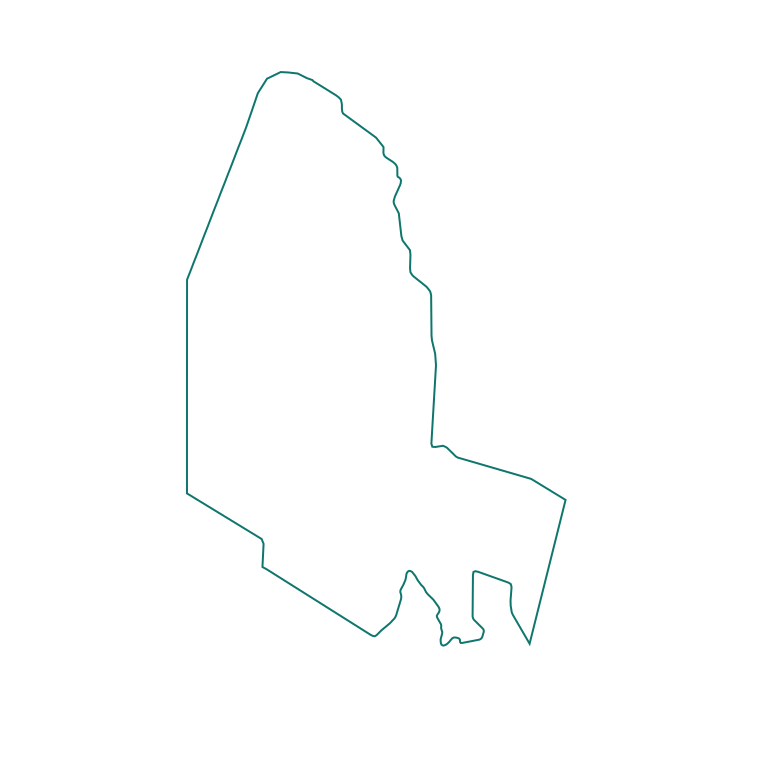 Lac, Natural Earth projection, rotated 32°
{"feature_id": "TCD-1466", "entity_name": "Lac", "entity_type": "Prefecture", "adm_level": 1, "iso_a3": "TCD", "parent_name": "Chad", "parent_adm1": "", "projection": "natural_earth1", "projection_center": [14.654, 13.759], "detail": "fine", "context": "isolated", "style": "outline", "palette": "teal", "viewbox_px": 768, "rotation_deg": 32, "n_neighbors": 0, "source": "natural_earth", "source_scale": "10m", "svg_char_len": 2409}
<svg xmlns="http://www.w3.org/2000/svg" viewBox="0 0 768 768"><g transform="rotate(32 384 384)"><path d="M274.9,581.2L218.3,490.6L161.7,399.9L160.0,390.7L158.2,381.5L156.5,372.3L154.7,363.0L152.9,353.8L151.2,344.6L149.4,335.4L147.6,326.1L145.9,316.9L144.1,307.7L142.4,298.5L140.6,289.2L138.9,280.0L137.1,270.8L135.3,261.6L133.6,252.3L131.0,239.0L127.6,224.3L122.9,204.2L123.0,187.1L131.1,174.2L137.4,170.7L146.3,166.4L156.4,165.5L162.2,164.2L164.0,164.7L190.3,164.6L193.7,164.9L196.8,165.7L199.9,168.9L202.4,172.8L204.2,175.1L205.9,176.3L246.8,179.3L258.0,183.3L261.1,188.4L262.1,189.4L263.4,190.3L265.6,190.8L274.3,191.0L277.3,191.5L278.9,192.3L280.7,193.6L285.0,200.3L286.0,201.0L287.6,200.9L289.1,201.3L290.5,202.3L291.7,204.7L292.2,206.7L293.9,219.1L295.1,223.4L296.0,224.9L297.7,226.4L306.1,231.4L320.4,249.4L323.8,252.5L335.0,256.7L337.9,260.3L344.8,272.1L347.2,275.2L350.0,276.6L352.0,277.1L368.4,279.0L371.2,279.9L373.8,280.9L375.3,282.1L377.1,284.0L398.8,318.0L401.6,321.6L411.4,331.3L418.2,340.6L455.8,409.5L458.2,411.6L460.8,410.3L466.7,405.2L469.5,404.7L471.3,404.7L483.5,407.4L485.6,407.3L559.1,386.5L599.4,386.1L645.1,527.1L615.6,511.5L613.4,510.0L609.0,505.0L606.0,500.5L600.1,489.2L599.1,487.9L597.5,486.5L594.7,486.5L563.3,493.4L560.6,494.4L559.5,496.0L560.8,499.1L582.2,534.0L583.0,534.9L584.0,535.7L585.2,536.3L597.2,539.0L598.5,539.5L599.5,540.5L600.1,541.8L601.3,546.2L601.4,547.7L601.1,549.1L600.4,550.2L587.7,562.0L586.3,562.9L585.4,562.6L583.6,560.4L582.4,560.1L581.0,560.3L579.0,561.1L578.3,561.5L577.4,562.2L576.7,563.3L576.4,564.9L575.9,568.5L575.4,570.4L574.7,572.2L573.3,574.2L572.0,574.7L570.7,574.5L569.7,573.7L568.8,572.7L568.0,571.6L567.3,570.4L565.5,564.6L564.8,563.4L563.8,562.6L562.8,561.7L561.8,560.8L560.5,558.4L559.5,557.5L553.4,554.2L552.4,553.5L551.6,552.5L551.5,551.2L551.6,548.0L551.1,546.7L550.5,545.6L549.5,544.8L548.4,544.1L540.0,540.7L532.5,539.1L530.0,538.2L528.3,537.2L527.2,536.5L526.0,535.8L524.7,535.3L521.7,534.6L516.4,532.5L512.5,530.3L507.5,528.5L505.6,528.6L504.3,529.2L503.6,530.5L503.5,532.0L503.8,533.4L505.0,536.1L506.0,538.8L506.8,543.8L507.1,549.3L507.5,550.8L508.2,551.9L510.2,553.7L511.1,554.8L511.8,556.0L512.4,557.3L516.9,573.8L517.1,575.4L517.1,577.2L515.8,583.8L512.4,594.1L510.8,600.9L509.9,602.8L508.2,603.5L506.1,603.8L382.8,603.3L377.9,603.6L366.6,583.4L362.4,580.3L274.9,581.2Z" fill="none" stroke="#0f766e" stroke-width="2"/></g></svg>